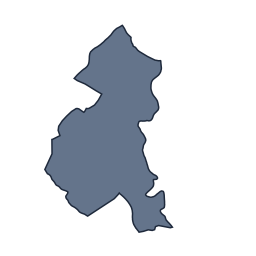 Resinard, Castries, Saint Lucia, rotated 16°
{"feature_id": "8701671B52982434499588", "entity_name": "Resinard", "entity_type": "district", "adm_level": 2, "iso_a3": "LCA", "parent_name": "Saint Lucia", "parent_adm1": "Castries", "projection": "mercator", "projection_center": [-60.941, 14.004], "detail": "fine", "context": "isolated", "style": "filled", "palette": "slate", "viewbox_px": 256, "rotation_deg": 16, "n_neighbors": 0, "source": "geoboundaries", "source_scale": "gbopen_adm2", "svg_char_len": 5803}
<svg xmlns="http://www.w3.org/2000/svg" viewBox="0 0 256 256"><g transform="rotate(16 128 128)"><path d="M94.2,30.9L91.9,33.4L91.3,33.9L90.5,34.7L89.9,35.2L89.3,36.0L88.6,37.1L87.8,38.4L87.3,39.5L86.3,42.2L86.1,42.9L85.4,44.2L84.6,45.6L84.1,46.6L83.0,48.2L81.9,49.9L81.3,51.1L81.2,51.4L80.7,52.2L79.8,53.5L79.1,54.6L78.2,55.9L77.2,57.1L76.7,57.8L76.1,58.4L75.5,59.1L74.9,59.6L74.0,60.5L73.6,61.1L72.9,62.0L72.5,62.6L71.9,63.7L71.1,65.1L70.9,66.3L70.8,67.1L70.9,68.2L71.1,69.7L71.7,72.1L71.9,72.8L72.0,73.5L72.3,75.1L72.4,76.3L72.4,77.4L72.4,77.8L72.2,78.6L71.9,79.6L71.8,80.0L71.4,80.7L71.2,81.0L71.0,81.4L70.1,82.7L69.5,83.3L69.3,83.6L68.2,85.1L67.1,86.9L66.1,88.5L65.9,88.8L65.7,89.1L65.3,89.8L64.5,91.2L62.6,95.2L66.2,96.4L74.6,97.5L79.0,98.7L86.7,100.9L93.4,102.6L91.8,109.5L89.5,115.2L85.1,119.9L83.7,120.5L82.5,120.7L82.4,121.3L82.1,122.7L81.8,123.9L81.4,124.8L81.2,125.1L79.0,124.4L75.6,123.2L74.2,123.2L72.8,123.6L69.2,127.7L65.7,133.6L62.9,139.1L60.9,145.4L61.5,149.5L64.7,154.1L58.7,159.6L58.0,160.0L58.1,160.3L62.1,173.8L59.5,190.8L63.2,194.2L64.4,194.3L64.6,194.4L65.9,194.9L66.3,195.1L66.6,195.4L67.1,195.8L67.7,196.5L68.8,198.0L69.1,198.3L69.8,198.8L70.8,199.4L72.0,200.2L72.6,200.7L73.9,202.0L74.3,202.3L74.7,202.6L75.3,202.8L76.1,202.9L77.0,203.1L77.5,203.2L78.1,203.5L78.7,203.8L79.5,204.4L79.9,204.7L80.3,204.9L81.2,205.2L81.9,205.3L82.7,205.4L85.5,205.5L87.1,205.8L87.8,206.0L87.9,206.3L88.0,207.4L87.9,207.8L87.7,208.6L87.2,210.0L87.1,210.5L87.1,210.9L87.2,211.3L87.3,211.5L87.6,212.0L87.7,212.3L88.0,212.5L88.6,213.1L89.7,213.7L90.4,214.3L90.7,214.7L91.0,215.2L91.4,215.7L91.8,216.1L92.7,216.7L94.0,217.5L94.5,217.9L95.5,218.3L96.3,218.5L97.3,218.7L98.6,219.0L99.5,219.3L100.5,219.7L101.1,220.0L101.7,220.2L102.2,220.5L103.2,221.2L104.3,221.9L105.0,222.2L105.4,222.3L105.7,222.4L106.3,222.5L108.1,222.7L110.0,222.8L110.4,222.9L112.3,223.5L113.5,223.8L134.3,199.7L136.7,195.0L137.5,192.9L138.3,193.4L138.8,193.7L139.7,194.0L142.8,195.5L145.4,197.0L146.0,197.4L148.0,198.7L149.6,200.0L150.9,201.1L152.7,202.9L152.9,203.1L153.8,204.4L154.5,205.6L154.7,205.9L155.2,207.1L155.5,207.9L155.7,208.2L155.9,208.8L156.2,209.9L156.5,211.3L156.8,212.4L157.0,213.0L157.4,214.0L157.6,214.8L158.4,216.4L158.9,217.3L159.3,218.0L160.2,219.2L160.6,219.6L162.8,221.7L163.1,222.0L164.2,222.7L164.8,223.2L166.3,224.2L167.3,225.1L171.3,223.1L175.5,220.3L179.5,219.8L181.6,218.4L181.6,215.2L184.3,213.3L196.2,212.2L198.0,211.1L196.3,209.8L193.8,208.2L192.3,207.4L191.4,206.8L190.5,206.2L190.0,205.9L189.4,205.1L188.9,204.4L188.5,203.6L188.1,203.1L187.7,202.7L187.3,202.5L187.1,202.4L184.5,201.3L184.0,201.0L183.2,200.5L183.1,200.4L182.5,199.8L182.2,199.5L182.0,198.8L181.8,198.4L181.8,198.2L181.9,197.8L182.1,197.4L182.5,196.9L183.1,196.4L183.5,196.0L184.1,195.3L184.5,194.8L184.7,194.5L184.7,193.7L184.5,192.5L184.3,191.4L184.1,191.0L183.4,188.6L182.6,186.4L181.8,184.1L181.3,182.6L180.7,181.2L180.0,179.9L179.6,179.5L179.4,179.3L179.2,179.2L178.6,179.2L177.8,179.2L177.4,179.4L177.3,179.5L176.8,179.9L176.4,180.3L175.3,181.9L174.6,182.9L174.3,183.2L173.1,185.2L172.5,186.0L172.1,186.4L171.4,187.0L170.5,187.5L169.9,187.9L169.2,188.2L168.8,188.3L168.4,188.4L167.7,188.4L165.5,188.4L164.7,188.3L163.4,187.5L163.3,187.2L163.4,186.6L163.5,186.0L163.8,185.5L164.1,184.8L164.3,184.5L164.9,183.5L165.1,183.2L166.0,181.8L167.1,179.9L167.9,178.3L168.3,176.9L168.3,176.2L168.3,175.7L168.1,174.7L167.9,173.8L167.3,172.7L166.8,171.3L166.7,170.9L166.7,170.7L166.8,170.5L169.2,169.6L169.6,169.4L170.0,168.8L170.2,168.4L170.2,168.1L170.1,167.8L169.9,167.4L169.7,167.2L169.2,166.8L168.7,166.4L168.1,166.2L167.8,166.0L167.3,165.9L166.2,165.8L165.5,165.6L164.8,165.4L163.8,164.9L162.5,164.4L161.6,164.0L161.3,163.8L160.7,163.4L160.2,162.9L159.2,162.0L159.0,161.7L158.6,161.2L158.1,160.4L157.1,158.7L156.2,157.4L155.2,155.7L154.6,154.9L153.1,152.6L152.9,152.2L151.5,150.7L151.1,150.3L150.6,149.6L149.9,148.4L149.4,147.6L149.0,146.9L148.7,146.6L148.3,145.8L148.1,145.3L148.0,145.0L147.9,144.7L148.0,143.6L147.9,143.2L147.9,142.7L147.8,141.9L147.7,140.7L147.7,140.3L147.7,139.8L147.9,139.1L148.2,138.0L148.3,137.7L148.4,137.2L148.5,135.9L148.5,135.6L148.5,135.0L148.2,134.7L148.2,134.1L148.1,133.8L147.8,133.5L147.0,132.5L145.6,131.0L145.0,130.4L144.6,130.0L143.9,129.5L142.2,128.4L141.8,128.1L141.5,127.8L140.9,127.2L140.3,126.3L140.1,126.0L139.6,125.4L139.3,125.2L138.2,124.3L137.4,123.7L137.1,123.1L137.0,122.9L136.7,121.9L136.7,121.4L136.7,121.0L136.7,120.1L136.7,119.6L136.8,119.0L136.9,118.8L137.0,118.6L138.0,117.9L138.4,117.7L139.1,117.5L139.9,117.4L140.5,117.2L141.8,116.8L142.6,116.5L143.9,115.8L144.0,115.6L145.9,115.4L146.1,115.4L146.5,115.2L146.9,115.0L147.3,114.8L147.5,114.6L148.0,114.1L148.6,112.7L148.7,112.3L148.8,111.8L148.8,111.3L148.9,110.4L148.9,109.7L148.9,109.3L149.1,108.3L149.2,107.7L149.5,106.9L150.2,105.6L150.7,104.8L151.2,103.8L151.8,102.7L151.9,102.3L152.0,101.9L152.0,101.0L152.0,100.3L151.7,99.4L151.6,99.1L151.4,98.8L150.3,96.6L150.1,96.1L149.4,95.0L149.1,94.5L148.6,93.8L148.4,93.6L147.8,93.0L147.2,92.5L146.6,92.0L145.4,91.1L144.4,90.4L143.5,89.7L142.5,88.8L141.3,87.4L140.4,86.0L139.6,84.7L139.3,84.0L139.0,83.3L138.2,80.1L138.1,79.3L138.0,78.1L137.9,77.4L138.0,76.9L138.1,76.4L138.4,75.3L138.8,74.4L139.2,73.8L140.1,72.5L141.5,70.6L142.1,69.7L142.6,69.0L142.9,68.4L143.3,67.4L143.5,66.7L143.7,66.0L143.8,65.6L143.9,64.7L143.8,63.3L143.8,62.2L143.7,61.8L143.5,61.0L141.7,56.5L141.3,55.4L141.1,54.8L141.0,54.5L140.7,54.3L139.0,54.9L135.2,55.3L127.2,53.9L117.9,51.4L115.9,50.6L112.9,48.4L111.5,48.2L110.2,47.7L110.1,47.3L109.8,46.9L109.6,46.5L109.4,46.2L109.2,46.0L109.0,45.9L108.8,45.7L108.2,45.2L107.7,44.4L106.9,43.2L106.4,42.1L106.2,41.4L106.1,41.0L105.9,40.0L102.5,38.3L100.4,36.9L98.8,35.2L97.2,33.4L94.7,31.2L94.2,30.9Z" fill="#64748b" stroke="#1e293b" stroke-width="1.5"/></g></svg>